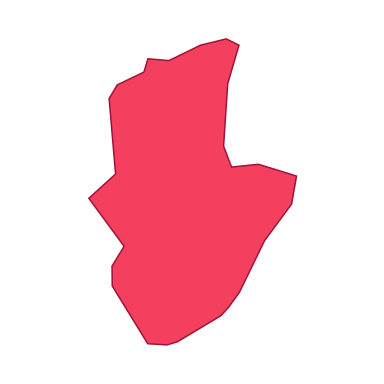 the District of Pamplemousses, rotated 188°
{"feature_id": "MUS-5187", "entity_name": "Pamplemousses", "entity_type": "District", "adm_level": 1, "iso_a3": "MUS", "parent_name": "Mauritius", "parent_adm1": "", "projection": "mercator", "projection_center": [57.563, -20.102], "detail": "fine", "context": "isolated", "style": "filled", "palette": "rose", "viewbox_px": 384, "rotation_deg": 188, "n_neighbors": 0, "source": "natural_earth", "source_scale": "10m", "svg_char_len": 496}
<svg xmlns="http://www.w3.org/2000/svg" viewBox="0 0 384 384"><g transform="rotate(188 192 192)"><path d="M90.7,222.3L91.7,193.9L113.4,153.8L131.1,99.2L139.8,82.8L146.1,73.6L185.7,41.6L195.5,37.1L214.7,35.6L257.9,87.8L260.9,107.5L251.7,128.8L293.3,171.4L270.2,199.2L287.1,273.0L280.9,287.7L256.3,304.1L254.2,317.8L233.2,318.9L204.0,338.6L179.4,348.4L165.9,343.9L171.7,304.1L167.1,241.8L156.3,222.2L130.1,228.7L98.5,223.6L90.7,222.3Z" fill="#f43f5e" stroke="#9f1239" stroke-width="1.5"/></g></svg>